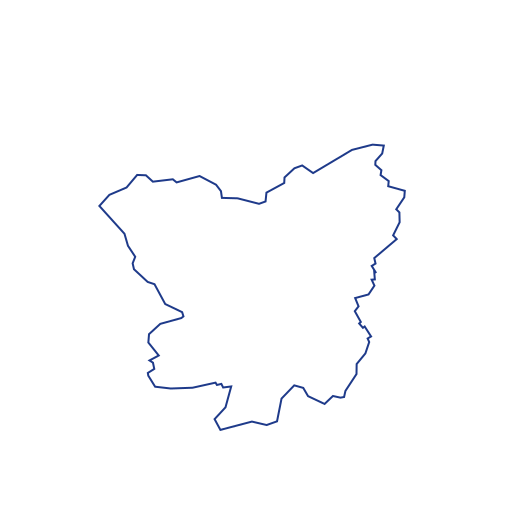 the district of Dolneni, Dolneni, North Macedonia, rotated 307°
{"feature_id": "65306769B25269203277023", "entity_name": "Dolneni", "entity_type": "district", "adm_level": 2, "iso_a3": "MKD", "parent_name": "North Macedonia", "parent_adm1": "Dolneni", "projection": "orthographic", "projection_center": [21.418, 41.482], "detail": "fine", "context": "isolated", "style": "outline", "palette": "blue", "viewbox_px": 512, "rotation_deg": 307, "n_neighbors": 0, "source": "geoboundaries", "source_scale": "gbopen_adm2", "svg_char_len": 1409}
<svg xmlns="http://www.w3.org/2000/svg" viewBox="0 0 512 512"><g transform="rotate(307 256 256)"><path d="M201.7,100.8L194.6,137.6L187.1,147.6L182.7,160.0L175.9,161.9L172.0,166.5L170.1,185.1L172.4,191.9L163.0,212.4L166.7,230.8L164.1,234.4L161.5,233.7L144.2,220.4L129.2,217.6L122.1,222.1L118.0,238.2L108.5,233.8L108.8,237.9L104.6,242.7L97.5,240.0L95.6,242.0L90.9,254.1L98.9,267.7L112.6,284.6L130.5,299.9L129.5,302.4L133.0,305.3L131.2,308.9L136.9,314.7L116.8,322.7L100.8,321.1L95.7,332.2L121.3,352.4L127.4,366.2L136.6,372.3L157.5,362.2L175.7,364.4L179.1,373.1L175.4,381.9L179.1,399.8L190.5,401.7L193.7,408.7L196.4,411.2L202.1,408.6L222.2,407.3L230.3,401.4L244.0,402.0L255.4,398.2L257.3,394.8L261.0,396.3L265.1,385.2L263.0,384.6L264.2,379.0L266.4,379.4L271.4,368.1L277.5,368.2L282.1,360.5L293.0,369.0L303.6,368.4L306.7,362.6L308.8,365.0L315.8,358.8L314.7,362.2L317.7,354.4L321.9,356.0L325.5,351.7L354.2,358.2L355.0,353.1L369.4,350.4L377.1,344.3L377.7,339.9L392.1,339.1L397.6,335.6L391.3,319.6L395.7,316.9L395.6,306.8L400.0,304.5L400.6,296.4L403.7,294.3L413.8,295.1L421.1,291.6L415.1,282.1L398.5,268.8L356.6,251.7L356.1,238.4L349.2,233.9L335.9,231.5L331.3,234.6L312.9,226.2L305.3,230.8L299.5,227.0L291.0,206.6L281.9,193.8L286.7,189.0L288.9,181.2L285.9,162.8L267.0,148.3L267.2,143.4L253.3,128.9L254.2,119.5L249.2,112.3L232.8,111.4L216.6,102.1L201.7,100.8Z" fill="none" stroke="#1e3a8a" stroke-width="2"/></g></svg>